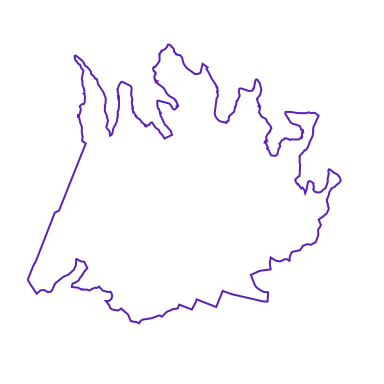 North Sydney, New South Wales, Australia (Mercator projection), rotated 192°
{"feature_id": "25037944B70017345976481", "entity_name": "North Sydney", "entity_type": "district", "adm_level": 2, "iso_a3": "AUS", "parent_name": "Australia", "parent_adm1": "New South Wales", "projection": "mercator", "projection_center": [151.213, -33.834], "detail": "fine", "context": "isolated", "style": "outline", "palette": "violet", "viewbox_px": 384, "rotation_deg": 192, "n_neighbors": 0, "source": "geoboundaries", "source_scale": "gbopen_adm2", "svg_char_len": 5976}
<svg xmlns="http://www.w3.org/2000/svg" viewBox="0 0 384 384"><g transform="rotate(192 192 192)"><path d="M59.1,186.6L62.4,191.4L57.6,196.5L57.0,197.7L55.9,198.8L54.8,203.3L54.9,205.0L56.1,206.3L56.5,208.4L57.6,209.7L58.5,212.4L57.7,216.6L57.6,220.6L56.4,223.7L56.5,224.3L53.5,226.8L51.5,229.9L50.3,230.9L49.3,232.9L48.9,234.2L50.9,237.5L53.7,239.5L56.4,240.1L61.5,242.6L62.8,242.6L63.1,241.0L62.1,238.5L62.0,232.7L61.3,230.4L62.0,224.4L62.3,223.4L64.6,221.0L65.4,219.3L67.8,217.9L71.1,217.6L73.2,218.7L74.0,219.9L73.7,221.8L74.8,224.3L74.9,225.7L77.9,227.0L79.6,227.1L80.6,225.7L80.5,217.4L81.0,214.2L81.8,215.5L81.5,216.3L84.8,219.3L85.9,218.1L89.6,221.7L89.9,221.3L91.4,222.2L93.5,224.9L93.5,225.7L91.4,229.1L90.1,230.0L92.0,241.7L92.9,243.1L94.0,249.3L94.3,249.5L91.3,254.4L90.7,256.1L89.7,256.4L88.1,259.3L87.0,266.6L85.7,271.6L85.9,276.3L86.4,277.1L86.7,280.8L84.0,292.8L87.6,294.7L89.1,294.9L91.9,293.9L94.3,294.2L96.8,292.9L104.0,291.3L112.4,290.8L117.0,289.8L117.1,287.9L109.8,280.4L107.0,279.5L104.6,279.6L100.1,278.8L97.9,275.4L97.2,275.7L97.1,275.4L97.7,275.0L96.4,275.5L95.6,273.3L96.8,272.9L96.1,270.1L96.4,269.0L95.8,268.9L96.1,267.4L96.9,267.6L98.5,265.6L105.7,264.1L106.8,263.3L110.2,264.1L112.6,263.7L112.9,262.7L114.9,261.2L115.8,258.4L116.7,257.5L115.3,255.5L115.5,253.6L116.2,252.3L116.4,246.1L118.3,244.6L122.1,244.3L124.2,246.6L125.3,248.6L127.6,250.1L126.9,251.0L130.2,255.7L131.2,255.4L131.3,256.3L129.8,256.9L130.6,257.2L129.8,258.2L130.2,258.2L130.8,261.5L130.1,264.4L128.6,266.7L128.9,266.7L127.6,270.9L128.5,272.4L132.8,275.9L134.9,278.8L139.8,280.3L143.0,284.0L142.9,287.7L143.5,289.2L144.3,289.2L144.7,289.9L143.5,290.1L146.0,293.2L147.9,296.6L145.6,300.9L145.4,306.4L148.3,312.4L151.5,315.4L152.5,315.5L153.2,314.5L153.0,307.0L153.7,306.2L153.2,305.8L153.4,305.0L154.4,303.5L157.4,302.6L164.2,303.5L166.4,303.4L167.2,302.8L167.2,300.2L165.3,296.0L166.7,290.5L167.0,290.6L167.3,289.6L166.9,287.0L167.2,284.3L167.6,284.3L167.5,279.2L171.5,273.8L171.1,268.9L172.8,268.1L172.7,266.8L179.3,267.0L181.9,268.2L183.9,269.9L185.1,271.4L186.2,273.9L187.4,288.7L186.6,290.8L187.0,292.6L188.4,295.5L187.7,295.7L189.1,299.7L189.8,299.5L190.5,301.3L196.3,307.0L201.0,312.9L203.5,315.4L202.6,317.1L208.3,319.6L208.5,310.3L211.3,308.4L213.9,308.1L223.4,312.4L226.8,315.7L229.8,321.6L231.9,323.3L234.3,323.1L236.1,323.4L235.9,323.8L238.7,325.5L239.4,327.9L240.5,328.9L242.4,329.9L242.4,330.3L243.3,331.0L245.9,331.4L246.3,331.1L246.6,328.7L248.1,326.1L251.3,323.7L250.9,323.2L252.0,321.8L252.1,320.0L252.6,320.0L251.1,314.5L251.3,312.4L253.5,307.8L254.3,306.5L255.3,306.3L255.8,304.9L254.8,302.6L252.9,301.7L252.8,300.7L252.3,300.8L252.1,299.0L252.9,297.5L252.8,296.6L253.6,296.3L252.8,296.4L251.6,293.9L251.2,293.6L250.9,294.0L250.0,293.3L250.2,292.5L249.7,292.7L250.1,292.1L249.6,292.4L248.8,291.9L249.1,291.4L241.2,287.8L237.3,283.4L234.7,281.4L228.5,279.4L227.0,277.6L226.6,277.9L223.7,273.7L224.8,273.2L224.9,272.8L223.7,272.6L225.7,269.4L226.5,269.0L228.2,269.5L229.9,271.7L232.5,273.8L244.1,274.4L244.9,273.6L243.6,268.5L242.5,266.4L241.5,266.3L240.6,264.4L239.0,262.7L239.7,262.5L239.1,261.0L232.3,251.9L231.4,251.8L225.3,247.2L223.4,243.7L230.0,238.6L232.3,241.1L236.2,243.9L236.8,245.4L241.5,247.7L245.6,251.8L246.7,251.2L248.1,248.4L250.2,247.7L250.3,246.6L250.8,246.6L251.9,246.9L251.8,247.9L255.9,250.0L258.2,252.3L258.9,252.3L262.6,254.1L262.3,254.7L264.1,256.0L265.3,258.0L266.1,257.7L267.4,260.5L267.0,260.6L267.3,262.4L267.8,262.2L269.3,266.4L269.8,268.6L269.4,268.9L269.7,270.4L271.8,274.7L272.7,281.4L274.4,283.1L283.1,285.3L284.3,284.7L285.0,283.1L285.9,280.0L285.9,277.1L286.3,277.1L286.3,276.7L283.7,270.6L284.4,270.5L284.0,269.4L283.1,269.4L282.8,267.6L283.4,267.6L283.3,267.2L282.6,267.1L281.3,261.5L280.9,256.5L281.5,255.0L280.5,252.3L280.7,250.9L280.1,249.8L280.5,248.8L280.2,245.7L281.0,241.2L281.7,239.9L282.2,237.2L282.1,233.5L282.6,231.1L283.9,230.1L285.4,234.4L288.8,236.9L289.4,237.9L288.9,240.4L289.2,242.6L289.0,244.5L290.4,246.8L290.9,248.5L293.7,252.4L294.5,254.4L294.8,257.5L295.2,258.1L295.0,260.9L295.8,265.6L299.4,271.2L306.2,277.8L308.5,282.6L310.2,282.8L312.1,284.8L315.2,286.5L315.8,288.6L317.9,290.6L320.4,292.4L323.2,293.6L324.7,295.9L326.6,297.6L333.9,301.3L335.1,300.6L334.2,297.9L332.5,295.8L331.9,295.8L330.1,293.9L327.9,293.1L326.1,290.3L323.5,288.3L323.3,279.4L322.4,277.8L321.1,273.4L318.8,270.0L317.6,265.7L317.9,265.6L317.5,265.4L316.4,262.6L315.6,257.1L315.9,255.8L317.7,255.1L319.7,252.5L318.1,250.2L317.8,247.6L318.3,243.6L319.5,243.5L319.3,241.8L318.1,241.9L315.8,236.6L313.2,232.6L312.2,227.4L310.5,223.4L310.1,219.2L306.0,217.4L318.2,146.1L321.9,143.3L329.9,94.4L330.7,90.1L331.3,89.2L332.1,85.9L334.4,72.1L331.1,68.3L322.8,60.2L319.6,64.4L316.0,65.4L312.4,64.1L309.6,65.0L308.4,67.1L306.8,74.2L300.1,82.4L295.7,85.5L291.4,91.4L290.3,96.3L291.3,102.2L290.6,102.4L286.2,101.0L282.9,101.4L278.5,95.7L280.9,91.7L281.6,88.8L282.2,88.4L282.3,87.2L283.7,84.8L284.2,82.7L285.0,81.3L287.4,79.0L289.3,77.9L290.0,76.9L289.8,74.1L283.5,74.7L279.5,73.5L279.3,74.1L276.8,74.1L274.8,74.7L271.8,74.4L268.8,77.1L266.6,78.3L264.9,78.5L263.1,80.2L261.9,78.9L260.8,78.6L258.9,77.0L253.3,76.7L251.6,77.4L250.2,77.0L248.4,73.7L248.6,70.8L250.5,68.3L253.6,67.4L252.1,66.5L251.0,65.1L250.1,64.9L247.7,61.3L245.6,60.5L240.1,60.6L238.3,61.9L237.2,63.3L229.2,59.0L225.2,53.2L222.5,52.9L219.7,53.3L216.4,52.6L215.6,55.1L213.6,57.0L205.5,60.0L198.9,64.2L198.0,64.5L195.5,63.8L192.2,68.9L190.7,70.4L188.3,71.8L186.9,73.1L181.7,75.2L181.0,79.2L167.8,77.0L165.6,84.2L165.0,87.9L144.4,84.5L141.4,101.6L131.3,100.3L99.4,99.8L95.3,100.6L96.7,109.7L100.7,109.2L103.0,109.6L108.0,111.5L109.9,112.8L111.4,114.4L117.2,123.1L109.5,128.9L99.0,132.7L101.1,138.4L101.4,144.3L95.9,142.3L91.6,142.3L86.9,145.7L85.0,146.0L82.5,144.9L82.2,145.5L82.9,148.4L82.4,152.3L81.6,154.2L74.2,157.6L72.2,162.6L68.3,165.0L64.8,165.1L60.5,168.7L59.5,176.3L60.7,180.8L60.3,182.9L59.6,184.2L59.1,186.6Z" fill="none" stroke="#5b21b6" stroke-width="2"/></g></svg>